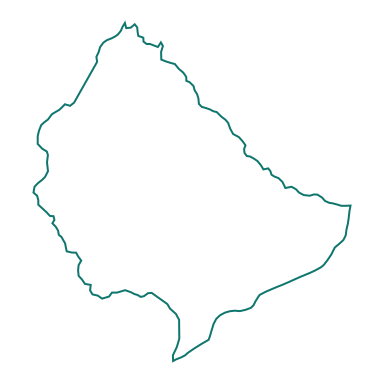 the district of Chiapetta, Rio Grande do Sul, Brazil
{"feature_id": "56859067B47981400926540", "entity_name": "Chiapetta", "entity_type": "district", "adm_level": 2, "iso_a3": "BRA", "parent_name": "Brazil", "parent_adm1": "Rio Grande do Sul", "projection": "orthographic", "projection_center": [-53.907, -27.983], "detail": "fine", "context": "isolated", "style": "outline", "palette": "teal", "viewbox_px": 384, "rotation_deg": 0, "n_neighbors": 0, "source": "geoboundaries", "source_scale": "gbopen_adm2", "svg_char_len": 2431}
<svg xmlns="http://www.w3.org/2000/svg" viewBox="0 0 384 384"><path d="M173.1,361.0L176.2,359.3L180.9,357.5L184.8,355.5L188.2,352.6L194.2,348.5L201.7,343.8L208.6,339.8L210.0,336.0L211.5,330.7L213.6,323.9L216.3,318.8L220.0,315.3L224.8,312.7L229.5,311.3L234.4,310.7L239.9,311.1L245.3,309.9L250.8,307.9L253.5,305.3L255.6,301.1L259.5,295.0L265.6,291.8L271.6,289.2L277.1,286.9L282.4,284.8L289.1,281.9L296.9,278.4L301.2,276.5L309.9,272.9L314.3,270.9L321.1,267.2L323.8,264.9L327.3,260.4L331.3,254.5L334.8,247.5L339.6,243.5L343.4,240.0L345.7,235.4L346.5,229.4L347.9,223.5L348.7,217.9L349.5,210.9L350.5,205.6L345.7,205.8L341.3,205.8L336.7,204.4L332.9,203.4L329.2,202.8L325.1,201.0L322.0,197.5L317.6,194.7L314.2,194.4L309.8,195.7L303.9,195.1L299.1,192.6L295.8,189.1L291.5,186.8L285.4,188.0L282.5,182.0L278.5,178.1L274.5,176.6L271.5,174.7L270.4,171.2L268.2,168.4L263.4,169.4L260.9,165.2L257.5,161.1L254.2,158.8L250.1,156.5L246.8,156.0L244.5,152.9L244.1,148.9L245.5,145.3L242.7,141.4L239.0,137.2L233.1,134.0L230.2,128.7L228.1,122.8L225.4,119.7L221.3,116.6L216.8,112.1L213.2,111.2L210.1,109.5L206.1,108.1L201.8,106.9L198.9,103.9L198.4,98.4L197.1,94.2L194.6,90.2L193.5,86.0L189.5,82.1L186.4,80.9L186.2,76.8L183.4,72.8L178.8,68.8L174.8,64.0L170.9,63.0L166.1,61.5L161.3,59.6L161.1,51.9L162.9,46.0L160.9,42.4L157.9,47.0L153.7,45.4L150.0,44.0L146.6,44.0L143.5,41.6L143.3,37.7L138.3,35.9L137.6,31.9L137.2,27.4L134.7,24.3L130.7,27.7L126.2,28.1L124.9,23.0L122.6,26.7L120.8,30.9L117.8,34.6L114.9,36.6L111.4,38.4L106.8,40.2L103.4,42.6L100.1,47.1L98.6,52.3L96.4,56.8L97.1,61.9L74.1,102.6L70.1,105.8L64.9,104.3L61.7,107.6L59.1,110.0L55.9,111.8L51.9,114.2L48.0,119.5L44.5,122.1L41.2,125.1L39.0,130.7L37.7,136.2L37.7,143.9L42.2,148.7L46.8,151.5L47.9,155.0L47.0,162.4L48.0,171.2L45.0,177.0L42.2,179.8L37.8,183.3L34.5,186.8L33.5,192.6L37.1,195.7L38.3,200.2L38.3,204.7L42.8,208.8L46.9,212.6L49.9,215.9L53.5,216.2L54.4,219.9L52.4,223.3L55.8,226.8L58.1,230.7L58.8,234.8L61.5,237.0L63.3,240.2L65.1,243.4L65.8,247.1L66.7,251.3L71.5,252.5L76.1,252.7L78.2,256.5L81.2,260.6L78.6,265.2L78.1,270.3L78.6,275.8L81.8,279.3L85.0,283.9L90.7,284.9L90.1,290.4L92.5,294.4L97.8,295.6L102.1,298.6L109.0,296.6L112.0,292.6L117.0,292.6L125.1,290.2L130.9,292.2L134.3,294.0L137.6,295.0L140.7,296.9L143.9,296.2L148.0,293.2L151.7,292.9L167.4,304.1L170.0,308.6L175.9,313.9L179.1,319.8L179.3,338.7L176.8,347.1L172.9,355.3L173.1,361.0Z" fill="none" stroke="#0f766e" stroke-width="2"/></svg>